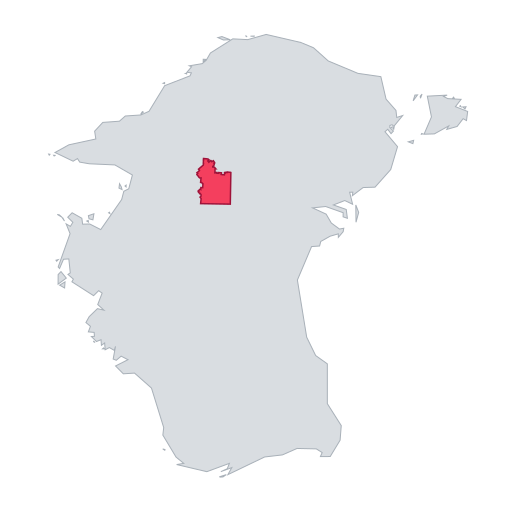 Diamantina, Queensland, Australia (highlighted), rotated 271°
{"feature_id": "25037944B3552129947749", "entity_name": "Diamantina", "entity_type": "district", "adm_level": 2, "iso_a3": "AUS", "parent_name": "Australia", "parent_adm1": "Queensland", "projection": "mercator", "projection_center": [140.812, -24.577], "detail": "fine", "context": "in_parent", "style": "filled", "palette": "rose", "viewbox_px": 512, "rotation_deg": 271, "n_neighbors": 0, "source": "geoboundaries", "source_scale": "gbopen_adm2", "svg_char_len": 6230}
<svg xmlns="http://www.w3.org/2000/svg" viewBox="0 0 512 512"><g transform="rotate(271 256 256)"><path d="M363.9,67.0L370.2,93.8L378.0,92.5L386.9,100.5L388.4,117.1L393.7,122.9L395.0,138.4L398.8,146.5L424.7,161.7L435.0,186.9L438.0,188.2L438.5,183.7L444.1,188.3L445.0,186.0L447.4,198.9L450.8,202.8L458.2,206.9L472.7,229.0L472.2,244.0L477.7,262.3L470.3,297.0L465.2,309.9L452.3,324.8L440.4,354.7L437.5,377.7L415.1,383.3L404.0,393.4L397.0,394.3L399.0,400.2L388.1,391.6L389.6,389.7L388.9,387.6L386.9,387.5L383.3,391.2L380.7,388.9L385.0,385.5L382.5,382.8L367.8,395.6L344.8,389.2L326.9,373.8L326.3,361.9L318.0,351.3L321.5,351.7L321.4,348.5L309.4,351.7L313.0,343.8L308.4,332.5L304.1,345.4L295.3,346.7L296.7,342.4L300.8,342.4L306.7,324.8L305.1,311.7L299.1,325.4L290.3,330.7L284.4,339.0L285.3,343.3L281.8,342.7L276.1,338.0L279.6,337.9L277.1,329.8L271.7,320.5L267.1,319.4L266.4,311.4L232.7,297.8L175.7,308.1L157.5,317.4L149.4,329.2L109.6,329.9L87.9,344.2L73.3,343.3L56.8,333.7L56.6,323.9L60.6,325.6L64.2,319.7L64.3,300.4L57.6,285.9L55.2,268.1L36.9,231.7L44.0,235.5L39.8,224.6L42.8,231.0L48.2,233.0L39.5,210.6L46.1,180.3L47.4,187.4L53.5,179.6L75.3,166.0L82.9,166.7L122.1,153.8L136.8,136.6L135.9,125.4L143.6,117.5L150.1,129.8L153.5,122.9L149.3,118.1L150.5,115.0L163.2,117.1L159.2,115.9L161.9,111.0L159.6,106.8L166.4,106.2L164.0,103.0L169.6,102.5L167.7,98.0L172.6,92.8L172.9,95.9L176.8,95.5L177.2,89.7L182.8,91.7L186.5,87.1L192.5,90.3L200.6,98.4L199.2,104.9L204.7,98.6L216.2,102.8L218.6,99.3L213.5,94.3L227.0,72.4L229.7,73.8L234.3,68.3L235.9,70.6L249.8,68.9L249.4,63.6L240.1,59.8L241.6,58.4L275.1,69.7L284.8,65.6L282.4,69.9L286.5,72.3L291.5,67.1L296.0,71.4L290.7,81.2L284.8,82.1L285.1,89.2L279.7,100.3L310.1,120.7L318.4,122.7L321.0,127.6L334.8,131.0L344.6,113.3L345.3,87.7L346.8,78.1L350.3,75.8L347.6,71.5L356.0,53.2L363.9,67.0ZM380.7,421.9L398.1,429.0L418.8,424.5L420.2,444.3L418.8,440.7L416.7,445.0L416.2,458.3L408.8,452.8L404.2,465.1L395.1,464.1L396.9,460.7L389.0,454.8L385.9,444.5L389.4,446.4L381.2,432.2L380.7,421.9ZM224.4,58.6L234.0,58.5L237.0,61.3L230.6,66.7L224.4,58.6ZM291.5,355.4L308.8,354.9L301.4,357.9L291.5,355.4ZM293.4,87.7L295.4,93.2L289.3,92.3L290.3,88.4L293.4,87.7ZM471.8,226.4L471.4,219.7L473.7,214.1L474.8,218.1L471.8,226.4ZM413.9,410.4L419.7,412.1L419.9,414.7L413.9,410.4ZM223.4,60.2L226.8,65.5L220.7,65.2L223.4,60.2ZM374.4,411.6L371.1,410.9L372.8,406.3L374.4,411.6ZM325.9,118.3L323.0,120.0L320.1,120.9L321.5,117.8L325.9,118.3ZM36.9,230.1L34.5,226.8L34.3,223.8L34.7,223.6L36.9,230.1ZM418.6,417.4L420.8,419.2L416.6,417.7L418.6,417.4ZM449.5,199.8L451.8,199.8L451.7,202.7L449.5,199.8ZM395.7,138.2L398.4,139.9L397.9,140.9L395.7,138.2ZM408.6,460.1L408.9,463.4L406.7,462.4L408.6,460.1ZM475.7,246.6L475.9,250.4L475.6,250.3L475.7,246.6ZM248.9,58.3L247.3,56.8L248.3,56.1L248.9,58.3ZM293.7,58.6L291.4,61.3L294.1,56.6L293.7,58.6ZM476.0,242.1L474.9,243.3L475.7,242.0L476.0,242.1ZM297.2,108.7L295.9,109.2L296.6,107.9L297.2,108.7ZM288.6,87.6L287.0,87.9L288.0,86.2L288.6,87.6ZM61.5,166.1L60.9,168.4L60.2,168.2L61.5,166.1ZM353.2,51.9L353.1,53.8L352.5,52.4L353.2,51.9ZM387.0,388.6L387.4,390.0L386.8,389.6L387.0,388.6ZM290.8,62.1L287.6,63.9L290.9,61.6L290.8,62.1ZM167.9,95.3L166.7,96.6L167.5,95.1L167.9,95.3ZM409.9,457.7L408.8,458.3L409.4,457.1L409.9,457.7ZM324.6,124.9L322.8,124.9L323.7,123.8L324.6,124.9ZM161.4,105.2L160.5,105.9L160.5,104.2L161.4,105.2ZM418.3,450.8L416.8,451.7L417.2,449.9L418.3,450.8ZM354.3,46.9L354.1,48.2L353.2,47.5L354.3,46.9ZM386.1,390.6L387.6,391.9L385.1,391.5L386.1,390.6ZM427.8,161.6L426.7,161.6L427.1,160.1L427.8,161.6ZM437.5,183.5L436.8,183.5L437.3,182.3L437.5,183.5ZM381.4,419.5L381.0,420.7L380.6,419.2L381.4,419.5Z" fill="#d9dde1" stroke="#a8b0b8" stroke-width="1"/><path d="M352.6,201.8L351.1,201.7L350.9,201.7L350.9,201.9L349.2,201.7L347.5,201.7L347.5,201.9L346.7,201.8L345.9,201.7L345.1,200.7L344.8,200.4L344.4,199.8L344.2,199.8L344.0,199.5L343.5,198.9L343.4,198.8L343.4,198.7L343.0,198.3L342.8,198.1L342.7,198.0L341.8,197.0L340.6,198.0L340.2,197.7L339.9,197.4L339.5,197.0L338.3,195.5L338.0,195.8L337.9,195.8L337.5,196.2L337.3,195.9L337.1,195.7L336.5,195.4L336.3,195.5L336.2,195.6L336.0,195.8L335.9,195.9L335.7,196.0L335.5,196.3L334.2,197.2L334.1,197.3L333.7,197.6L333.4,198.0L333.0,198.5L333.1,199.7L330.9,199.5L330.6,199.5L330.4,199.5L330.3,199.4L330.2,199.4L329.9,199.4L329.7,199.4L328.6,199.3L328.5,200.0L328.5,200.4L328.0,200.8L327.7,201.0L327.8,201.0L327.7,201.1L327.8,201.1L327.9,201.3L327.9,201.5L328.0,201.5L327.1,201.7L325.3,201.6L323.8,201.5L323.4,201.5L323.5,199.7L321.6,199.6L322.0,199.1L320.2,197.2L319.7,197.7L319.2,197.1L317.2,198.8L317.5,199.2L316.9,199.6L316.4,200.0L315.8,200.0L314.7,199.9L314.4,199.6L313.9,199.0L312.5,200.1L312.1,200.1L307.4,199.7L307.4,201.3L307.4,203.9L307.4,205.0L307.4,207.6L307.4,208.4L307.4,210.0L307.4,215.4L307.4,219.1L307.4,222.4L307.4,224.0L307.4,228.0L307.4,228.4L307.4,229.4L308.7,229.4L309.0,229.4L311.1,229.4L311.4,229.4L311.6,229.4L315.0,229.4L315.5,229.4L318.2,229.4L320.1,229.4L320.3,229.4L320.6,229.4L320.8,229.4L321.7,229.4L321.8,229.4L322.2,229.4L322.4,229.4L322.6,229.4L327.0,229.4L327.4,229.4L327.5,229.4L327.9,229.4L330.5,229.4L333.1,229.4L334.0,229.4L337.5,229.4L338.4,229.4L339.1,229.4L339.2,229.2L339.3,227.5L339.5,226.0L339.3,226.0L339.3,225.6L339.0,225.6L339.1,224.2L339.2,223.8L339.2,223.7L338.9,223.1L338.7,223.0L338.4,223.2L338.4,223.3L338.3,223.5L338.2,223.7L337.7,223.1L336.6,223.0L336.7,221.9L336.7,221.1L336.9,219.8L337.1,219.9L338.6,220.0L338.7,219.1L338.7,218.4L338.8,217.3L338.0,217.2L338.0,216.8L338.1,215.4L338.8,215.5L338.9,213.7L338.4,213.7L338.4,213.4L339.7,213.5L341.1,213.5L342.8,213.6L342.7,214.1L343.5,213.4L344.1,212.9L344.2,211.2L344.4,211.2L344.8,211.2L345.8,212.3L347.9,212.9L348.1,213.0L348.2,212.9L348.3,212.9L348.3,213.0L348.3,212.9L348.4,213.0L348.5,213.0L348.5,212.9L348.8,212.8L349.0,212.8L349.1,212.7L349.3,212.6L349.4,212.4L349.5,212.4L349.6,212.2L349.8,212.1L350.0,212.0L350.1,211.9L350.3,211.8L350.5,211.8L350.6,211.7L349.5,210.2L350.3,209.6L350.2,209.5L350.6,209.1L350.3,208.7L349.4,207.7L348.9,207.2L349.2,207.0L350.2,206.1L351.3,207.4L351.6,207.0L352.1,206.5L352.3,205.3L352.4,204.3L352.4,203.7L352.5,203.1L352.5,202.9L352.6,202.0L352.6,201.8Z" fill="#f43f5e" stroke="#9f1239" stroke-width="1.5"/></g></svg>